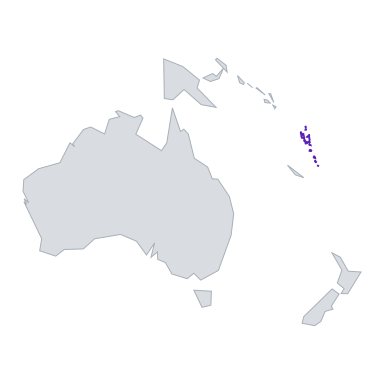 Oceania, with Vanuatu highlighted
{"feature_id": "VUT", "entity_name": "Vanuatu", "entity_type": "country or territory", "adm_level": 0, "iso_a3": "VUT", "parent_name": "Oceania", "parent_adm1": "", "projection": "robinson", "projection_center": [167.975, -16.976], "detail": "fine", "context": "in_parent", "style": "filled", "palette": "violet", "viewbox_px": 384, "rotation_deg": 0, "n_neighbors": 5, "source": "natural_earth", "source_scale": "50m", "svg_char_len": 4031}
<svg xmlns="http://www.w3.org/2000/svg" viewBox="0 0 384 384"><path d="M163.7,58.9L182.9,66.6L199.5,80.1L197.1,88.0L216.0,107.4L201.2,104.6L184.0,89.5L172.9,99.8L164.3,98.5L163.7,58.9ZM226.1,65.3L227.1,72.1L215.5,59.8L217.0,58.3L226.1,65.3ZM219.0,78.6L210.5,81.5L203.0,78.0L212.7,73.5L216.3,76.3L223.4,68.3L219.0,78.6ZM237.5,75.5L244.3,82.8L243.6,84.5L239.7,82.8L237.5,75.5Z" fill="#d9dde1" stroke="#a8b0b8" stroke-width="1"/><path d="M287.5,165.2L303.8,177.7L295.2,174.8L287.5,165.2Z" fill="#d9dde1" stroke="#a8b0b8" stroke-width="1"/><path d="M276.0,106.6L274.8,108.8L272.8,105.1L276.0,106.6ZM270.6,93.6L273.9,102.5L268.8,93.6L270.6,93.6ZM270.2,103.1L264.9,102.6L264.1,99.3L267.6,100.2L270.2,103.1ZM256.9,87.6L265.2,95.0L256.1,88.2L256.9,87.6ZM250.3,85.8L252.5,87.7L247.1,83.2L250.3,85.8Z" fill="#d9dde1" stroke="#a8b0b8" stroke-width="1"/><path d="M361.0,272.0L347.7,293.7L341.1,293.6L344.1,288.7L337.3,283.0L341.9,270.1L331.9,252.8L340.4,257.3L348.2,271.2L361.0,272.0ZM303.8,316.6L332.1,288.9L339.1,294.1L331.3,306.2L333.0,309.1L325.1,311.4L320.9,321.4L314.7,325.7L302.1,323.2L303.8,316.6Z" fill="#d9dde1" stroke="#a8b0b8" stroke-width="1"/><path d="M193.9,290.2L211.4,291.2L210.9,305.2L202.0,307.3L193.9,290.2ZM94.6,238.8L83.3,248.9L64.2,249.5L55.7,256.1L39.7,250.8L41.7,238.7L23.9,201.7L26.6,204.4L24.1,198.7L28.7,202.8L23.0,191.2L23.8,179.6L38.5,168.8L59.9,162.7L70.0,142.8L74.7,146.8L72.7,143.9L83.5,129.5L90.7,127.0L104.6,134.0L109.3,119.3L119.7,116.7L115.5,111.6L118.3,110.7L134.2,117.5L140.5,115.1L143.0,118.1L135.8,134.2L161.5,150.7L166.8,142.7L172.4,107.9L180.5,131.5L183.8,129.2L188.3,134.1L194.3,158.3L207.6,167.0L212.3,178.8L217.8,179.2L229.4,196.6L233.7,213.8L231.1,235.3L218.4,270.4L200.7,280.1L193.8,273.2L187.2,278.7L171.9,274.0L165.4,262.6L157.7,259.4L157.4,251.9L151.0,257.3L154.6,242.9L146.5,255.0L136.4,241.2L120.6,234.4L94.6,238.8Z" fill="#d9dde1" stroke="#a8b0b8" stroke-width="1"/><path d="M301.8,133.2L302.1,135.2L302.5,135.2L302.9,134.6L303.0,133.9L303.2,133.7L303.5,133.8L303.4,134.1L303.5,134.7L303.7,135.0L303.8,135.0L304.1,136.6L304.2,136.9L304.2,137.2L303.6,137.7L302.8,137.7L302.2,138.1L301.8,138.0L301.8,137.7L301.5,137.3L301.2,136.7L301.2,135.5L300.6,133.3L300.6,132.8L300.8,132.0L301.0,132.0L301.3,132.6L301.8,133.2ZM305.3,140.9L305.5,141.0L305.8,141.3L306.5,141.9L306.9,142.2L307.2,142.4L307.3,142.7L307.6,143.0L307.1,143.4L306.4,143.3L305.9,143.8L305.5,143.7L305.4,143.4L305.5,143.3L305.2,142.7L305.1,141.8L305.0,141.2L304.8,141.0L304.4,141.2L303.9,140.8L304.1,139.9L304.2,139.6L304.5,139.5L304.9,139.8L305.3,140.9ZM315.5,158.1L315.2,158.4L313.6,157.7L313.7,157.4L313.6,156.7L313.8,156.3L314.2,156.2L314.5,156.3L314.6,156.8L315.0,157.1L314.8,157.3L315.3,157.7L315.5,158.1ZM310.8,149.7L311.3,150.5L311.5,150.6L311.2,151.2L310.5,151.3L309.8,151.1L310.0,150.9L309.9,150.7L309.7,150.6L309.4,150.7L309.4,150.3L309.9,149.7L310.0,149.7L310.8,149.7ZM310.0,142.3L309.4,142.4L308.5,142.2L308.2,141.9L308.0,141.7L308.3,141.5L308.8,141.4L309.3,140.8L309.5,141.0L309.7,141.7L309.9,141.9L310.0,142.1L310.0,142.3ZM316.3,161.8L316.0,162.4L315.5,162.3L315.1,161.8L314.8,161.4L315.0,160.6L315.5,160.5L315.6,161.3L316.3,161.8ZM309.5,140.1L309.4,139.8L309.1,138.4L309.3,137.0L309.4,137.3L309.8,139.6L309.8,140.0L309.5,140.1ZM310.8,145.0L310.9,145.4L310.1,145.1L309.5,145.2L309.4,145.2L309.2,144.9L309.1,144.5L309.1,144.2L309.4,143.9L309.5,143.9L309.7,144.2L309.8,144.4L310.0,144.4L310.4,144.9L310.8,145.0ZM307.9,136.9L307.6,137.1L306.9,137.1L306.7,137.0L307.5,136.1L308.4,135.9L307.9,136.9ZM306.2,129.7L306.0,130.0L305.4,129.9L305.2,129.9L305.3,129.3L305.4,129.2L305.8,129.0L306.3,129.3L306.2,129.7ZM305.7,127.6L305.2,126.9L305.3,126.6L305.7,126.4L306.0,126.8L306.0,127.0L306.0,127.4L305.8,127.4L305.7,127.6ZM309.4,136.2L309.3,136.6L309.1,136.2L309.0,134.3L309.0,134.1L309.4,135.4L309.4,136.2ZM318.4,165.7L318.2,166.1L317.9,166.0L317.6,165.8L317.6,165.5L318.1,165.5L318.4,165.7ZM304.3,138.6L304.2,138.8L303.6,138.4L303.7,138.0L304.4,138.1L304.3,138.6Z" fill="#8b5cf6" stroke="#5b21b6" stroke-width="1.5"/></svg>